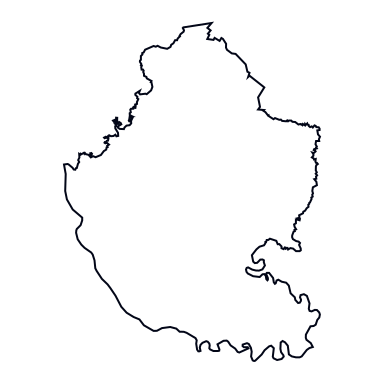 the district of Victoria, Entre Ríos, Argentina
{"feature_id": "61730980B18675393261940", "entity_name": "Victoria", "entity_type": "district", "adm_level": 2, "iso_a3": "ARG", "parent_name": "Argentina", "parent_adm1": "Entre Ríos", "projection": "albers", "projection_center": [-60.159, -32.751], "detail": "fine", "context": "isolated", "style": "outline", "palette": "ink", "viewbox_px": 384, "rotation_deg": 0, "n_neighbors": 0, "source": "geoboundaries", "source_scale": "gbopen_adm2", "svg_char_len": 5990}
<svg xmlns="http://www.w3.org/2000/svg" viewBox="0 0 384 384"><path d="M64.0,164.5L65.7,174.0L65.2,191.0L66.9,199.4L72.7,209.5L82.2,217.6L82.2,220.4L80.6,225.2L76.8,229.0L76.3,230.4L76.1,232.8L77.7,239.3L81.3,244.6L84.6,247.9L91.2,252.5L92.7,254.6L94.5,260.3L95.3,268.3L96.7,271.0L101.9,278.9L107.6,284.4L110.3,288.0L115.5,295.7L121.3,306.8L126.6,312.7L133.6,317.0L139.4,319.4L143.9,325.3L153.6,330.9L156.9,330.8L162.0,328.1L170.2,327.0L176.3,328.6L179.6,331.7L183.8,331.8L186.6,332.8L195.5,338.1L196.7,340.3L196.2,343.7L197.1,349.6L198.3,351.3L199.1,351.4L200.5,350.9L199.8,347.6L200.5,344.9L202.5,342.8L206.2,341.2L207.7,341.7L209.3,343.5L209.7,345.4L209.3,348.3L210.1,349.4L213.4,351.0L218.0,351.0L219.2,350.7L219.4,349.4L217.5,344.3L223.5,340.8L226.7,340.6L228.2,341.7L230.6,345.4L235.2,348.6L237.6,351.9L239.3,352.5L248.4,348.4L247.7,347.2L243.9,347.2L242.6,346.1L242.7,344.6L247.0,343.2L248.8,344.0L250.9,347.8L251.7,351.7L251.1,356.5L252.7,360.4L254.1,361.0L255.2,360.7L261.7,354.5L264.6,350.2L269.2,346.3L271.2,345.7L273.8,348.2L272.8,356.7L273.6,358.3L277.1,360.0L281.6,359.0L283.7,356.6L283.4,355.3L281.1,352.2L280.4,348.9L280.7,342.5L282.6,341.0L285.0,342.3L287.8,345.7L288.9,354.4L291.8,356.4L295.8,357.3L299.7,357.3L301.7,356.4L306.8,349.9L309.5,348.0L312.8,347.0L310.8,343.1L306.5,339.8L305.8,337.8L305.9,334.6L310.5,326.3L313.6,326.0L315.7,324.7L317.3,319.9L319.3,317.5L319.9,314.5L319.2,312.4L316.9,310.0L314.8,309.9L311.6,311.4L309.6,310.9L308.8,308.8L309.5,303.4L306.9,295.9L303.9,294.2L300.6,295.1L300.0,297.3L301.0,299.6L300.9,300.9L299.8,302.7L298.1,303.0L295.3,299.9L294.8,297.3L290.6,293.3L288.8,285.6L286.2,282.7L281.7,281.7L278.3,279.7L276.6,280.5L275.7,283.3L274.9,283.8L273.8,282.3L273.1,278.0L269.1,272.9L266.8,272.9L266.1,273.8L267.9,278.1L267.9,279.7L267.4,280.3L266.3,279.1L265.8,275.9L264.3,274.1L262.5,274.3L259.7,277.0L253.1,276.2L247.8,273.5L246.5,271.8L246.0,269.5L246.7,267.9L248.1,267.4L252.2,269.6L255.9,270.5L259.0,270.6L262.4,269.4L264.9,265.5L263.8,262.2L263.9,260.3L262.6,259.5L260.3,259.6L257.2,262.8L254.8,263.1L253.2,261.6L251.9,255.2L256.4,249.4L259.5,246.7L264.0,245.3L265.3,243.4L265.4,242.0L266.1,242.0L266.7,240.0L268.4,239.9L269.9,238.7L276.3,240.8L277.7,244.2L279.3,244.1L281.5,246.4L281.5,248.2L283.5,249.1L284.8,247.4L285.8,247.7L285.8,248.7L287.5,248.0L288.1,249.5L290.4,248.1L293.1,248.6L296.0,251.1L299.7,251.1L300.8,250.3L300.7,248.4L299.1,244.9L300.0,243.0L298.6,241.6L296.2,241.1L292.9,239.1L292.1,237.1L292.2,235.4L293.6,231.6L294.8,231.2L294.5,229.9L296.1,229.3L294.6,226.8L294.1,224.4L295.9,223.3L295.9,219.8L296.5,219.4L299.6,220.3L299.9,219.0L297.7,218.2L299.5,217.7L299.1,215.3L303.0,213.3L303.3,211.7L305.1,210.7L306.7,208.2L308.5,206.8L308.3,204.7L309.2,203.9L309.3,202.8L310.0,202.4L311.6,198.9L311.3,197.6L312.7,196.6L312.2,194.8L313.0,193.4L312.3,191.0L312.9,187.3L316.9,185.2L316.4,181.8L314.3,179.2L316.3,178.7L316.0,176.6L317.1,175.3L315.7,173.7L316.8,172.3L315.8,170.5L315.9,166.5L316.3,165.2L317.8,164.0L316.9,162.9L316.1,162.9L315.4,161.6L315.7,159.0L314.0,159.5L313.6,158.4L311.9,157.4L313.4,155.7L313.4,154.2L312.4,152.6L313.8,153.0L315.6,151.4L315.0,150.3L313.8,150.0L314.1,149.2L316.8,148.4L316.1,147.4L316.8,146.6L315.5,144.2L316.1,141.0L319.2,141.0L318.9,139.2L320.0,136.7L318.0,134.4L317.3,130.4L319.6,130.0L319.6,128.7L318.7,127.3L316.3,127.1L315.7,125.9L314.5,125.4L312.8,127.5L311.7,126.4L310.1,127.1L308.8,126.0L308.6,124.8L307.5,124.6L307.2,123.5L305.7,124.9L305.1,124.1L304.9,125.3L303.5,124.3L302.7,125.1L302.2,124.0L301.3,124.7L300.4,124.0L298.4,124.5L295.2,122.0L292.4,121.8L291.3,120.6L289.0,120.5L288.0,121.3L287.2,120.4L286.2,121.3L282.1,120.9L280.9,119.6L279.3,119.8L275.0,118.1L273.5,119.2L268.8,116.1L268.6,115.3L268.1,115.6L265.4,112.1L263.1,110.6L263.8,110.0L258.1,109.5L260.0,106.9L258.1,97.4L264.3,87.4L249.5,75.7L248.2,76.9L249.5,72.8L247.4,71.7L245.7,64.4L235.6,53.9L231.8,53.4L227.0,49.8L226.0,47.6L226.1,43.8L222.9,38.9L221.4,38.0L219.6,40.9L214.6,37.9L213.5,39.9L207.3,39.0L209.3,34.8L207.9,33.7L210.6,30.4L207.4,27.9L211.6,23.0L183.3,27.4L182.8,28.0L184.0,30.3L183.6,31.7L180.6,34.1L179.5,36.0L179.9,36.4L177.7,38.5L177.1,40.2L175.1,40.2L173.4,43.3L171.2,44.8L170.5,46.9L167.2,48.8L160.8,47.5L157.6,45.8L155.8,46.7L153.6,46.0L145.1,49.7L143.7,52.4L142.2,53.1L142.4,54.5L140.9,56.0L140.9,59.8L140.0,60.6L139.9,61.8L141.4,64.2L140.9,65.2L141.8,65.8L141.2,67.0L141.6,69.6L143.0,69.6L143.7,70.8L143.2,71.9L144.0,73.8L144.0,75.8L146.4,76.9L146.8,78.4L151.5,81.0L150.9,82.1L151.4,82.2L152.4,86.9L151.1,90.4L146.7,94.2L145.4,93.7L140.1,94.4L138.9,92.9L139.8,90.8L135.4,93.6L135.3,94.8L137.4,96.8L137.1,98.2L138.3,99.1L136.9,102.1L137.0,103.9L135.2,104.5L135.7,105.8L135.4,107.9L134.2,107.8L133.9,106.8L133.1,107.4L133.2,108.7L131.0,108.8L130.3,109.6L130.8,112.3L129.7,113.2L129.8,115.1L132.2,116.3L129.7,116.5L129.4,118.4L132.2,117.0L132.7,117.5L131.3,120.4L129.5,119.4L128.8,120.4L129.2,121.3L131.1,121.7L131.2,123.4L129.6,125.2L126.5,125.6L124.5,127.5L123.9,129.1L119.7,128.9L117.8,127.5L117.6,126.6L121.3,124.3L120.7,123.0L119.3,122.1L118.6,123.9L117.8,123.9L117.8,122.2L117.1,121.4L117.2,117.8L116.1,117.7L116.1,119.3L113.0,120.6L114.0,121.9L115.7,121.2L116.4,121.9L115.6,122.7L116.3,123.3L115.1,123.8L116.3,124.8L116.0,126.1L115.2,126.3L115.3,128.4L118.0,132.8L118.2,135.9L116.4,136.3L115.4,134.7L113.4,136.0L111.0,136.2L109.2,135.3L108.5,137.0L107.9,136.4L107.4,137.3L105.8,136.7L104.1,137.6L104.6,138.2L106.5,137.6L108.4,138.7L108.0,140.6L106.8,140.8L105.8,142.2L104.8,142.1L104.5,142.7L105.3,143.3L106.9,142.8L109.0,144.6L107.2,145.8L107.6,147.1L106.6,147.4L106.2,149.6L103.8,151.1L100.9,155.0L95.6,157.2L93.1,156.2L90.8,157.4L89.2,155.6L91.2,155.3L92.0,153.8L91.3,153.0L90.3,153.3L91.0,154.6L89.7,155.1L85.9,154.2L85.0,153.1L84.4,153.8L83.9,152.8L81.3,154.3L80.7,153.8L80.3,154.6L79.2,153.9L79.4,157.5L78.2,160.1L79.2,162.0L78.0,163.7L76.8,168.0L75.9,168.2L75.3,169.7L73.7,169.5L72.6,167.8L68.7,164.5L67.6,164.0L64.0,164.5Z" fill="none" stroke="#020617" stroke-width="2"/></svg>